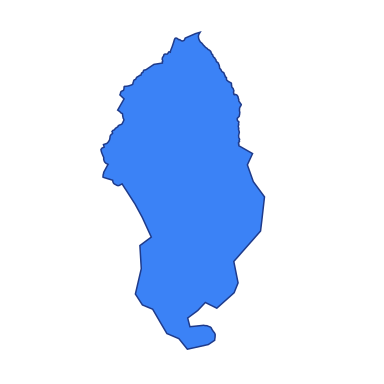 the district of Bulgan, Arhangay, Mongolia, rotated 137°
{"feature_id": "93677404B70129232678406", "entity_name": "Bulgan", "entity_type": "district", "adm_level": 2, "iso_a3": "MNG", "parent_name": "Mongolia", "parent_adm1": "Arhangay", "projection": "orthographic", "projection_center": [100.91, 47.19], "detail": "fine", "context": "isolated", "style": "filled", "palette": "blue", "viewbox_px": 384, "rotation_deg": 137, "n_neighbors": 0, "source": "geoboundaries", "source_scale": "gbopen_adm2", "svg_char_len": 5546}
<svg xmlns="http://www.w3.org/2000/svg" viewBox="0 0 384 384"><g transform="rotate(137 192 192)"><path d="M276.5,68.1L275.7,68.9L274.6,69.7L273.5,70.7L272.4,71.8L272.2,72.1L271.8,73.0L271.6,74.0L271.5,75.6L271.2,77.1L271.2,77.6L270.6,79.5L270.6,80.0L270.7,80.8L271.2,81.7L272.3,84.1L273.2,85.0L273.7,85.5L274.3,86.5L285.4,94.9L281.1,102.8L268.7,101.4L257.6,102.1L253.1,90.1L229.9,89.6L220.3,94.1L208.8,112.7L168.5,116.7L160.3,123.6L142.3,139.0L140.1,157.8L133.0,174.1L121.5,178.8L126.2,193.9L125.8,194.4L125.6,194.5L125.3,194.7L125.2,195.0L125.2,195.3L125.2,195.5L124.8,195.7L124.5,195.8L124.4,195.9L124.3,196.1L124.3,196.3L124.2,196.5L123.3,196.5L122.9,196.5L122.6,197.0L122.5,197.4L122.3,197.6L121.8,197.7L121.5,197.8L121.4,197.9L121.3,198.2L121.2,198.5L120.9,198.8L120.9,199.1L120.8,199.7L120.5,200.3L120.2,200.6L119.6,201.1L119.5,201.4L119.2,201.8L118.7,202.0L117.7,202.7L116.9,203.2L116.5,203.6L115.9,204.8L115.2,206.1L115.1,206.4L114.7,206.4L114.4,206.6L114.1,207.1L113.7,208.0L113.2,208.7L112.5,209.0L112.0,209.2L111.8,209.4L111.7,210.0L111.3,210.3L110.7,210.6L110.4,210.8L109.9,211.4L109.8,211.6L109.9,212.0L110.0,212.5L110.0,212.9L110.0,213.2L109.9,213.5L109.7,213.9L109.4,214.1L109.2,214.6L108.8,214.9L108.4,214.9L108.2,215.1L107.5,215.1L106.7,215.1L106.2,215.1L105.8,215.2L105.4,215.4L105.0,215.9L104.6,216.1L104.1,216.4L103.5,217.0L103.0,217.4L102.6,217.8L101.9,219.1L101.3,219.6L100.6,220.4L99.8,221.0L98.9,221.4L97.4,221.8L96.7,222.1L96.3,222.4L96.2,222.7L96.2,223.3L96.2,223.8L96.0,224.6L95.9,224.9L95.9,225.8L95.7,226.7L94.8,227.6L94.4,228.4L94.1,229.3L93.5,229.9L93.4,230.4L93.1,231.4L93.1,232.5L93.4,233.1L93.6,233.6L93.9,233.8L94.3,233.9L94.7,234.3L94.8,234.5L94.6,235.3L94.1,235.5L93.9,236.3L93.1,237.1L92.5,237.3L92.2,237.7L91.8,238.7L91.4,239.5L91.3,240.4L91.4,241.2L91.3,241.4L90.6,242.8L90.3,242.9L90.2,243.2L90.0,243.5L89.4,244.1L89.1,244.6L89.0,245.0L89.1,245.6L89.4,246.0L89.5,246.2L89.5,246.6L89.5,246.9L89.8,247.2L89.9,247.4L90.0,248.1L90.1,248.4L90.1,249.1L90.3,250.1L89.9,251.0L89.7,251.3L89.0,251.8L88.8,252.1L88.8,252.4L88.8,252.8L88.9,253.0L89.2,253.3L88.9,253.8L88.6,254.2L88.6,254.7L88.3,255.2L88.0,256.1L87.7,256.8L87.4,257.5L87.6,258.0L87.6,258.6L87.8,258.9L87.9,259.4L88.0,259.7L87.9,260.1L87.8,260.7L87.6,261.0L87.6,261.4L87.4,261.6L87.4,261.8L87.4,262.1L87.3,262.3L87.3,262.6L87.4,262.8L87.4,263.0L87.5,263.3L87.5,263.6L87.2,263.9L86.7,264.5L86.3,265.2L85.9,265.8L85.6,266.2L85.5,266.6L85.5,267.0L85.3,267.5L85.0,267.9L84.8,268.2L84.8,268.5L84.9,268.9L84.9,269.2L84.9,269.3L85.0,269.4L85.0,269.7L85.0,269.9L85.2,270.1L85.2,270.5L85.0,270.8L85.0,271.4L84.8,271.7L84.6,271.9L84.4,272.2L84.3,272.9L84.2,273.7L84.2,273.8L84.2,274.1L84.1,274.4L83.9,274.7L84.0,274.9L84.2,275.3L84.1,276.0L84.1,276.8L84.0,277.0L83.7,277.5L83.4,278.0L83.3,278.3L83.3,278.7L83.4,279.1L83.5,279.4L83.3,279.8L83.1,280.2L83.0,280.7L82.7,281.4L82.4,282.0L82.4,282.5L82.5,283.2L82.6,284.2L83.0,285.1L83.1,285.9L83.0,286.5L83.1,287.2L83.4,288.1L83.5,289.3L83.4,289.7L83.5,290.1L83.4,290.4L83.5,291.1L83.5,291.6L83.4,292.7L83.3,293.8L83.4,294.9L83.6,296.0L83.4,296.9L83.0,298.4L82.5,299.6L81.2,301.5L79.8,302.5L78.1,303.0L77.1,303.3L81.5,305.5L92.0,309.2L94.1,308.3L94.8,308.4L95.2,308.6L95.9,308.9L96.4,309.4L96.7,310.1L96.9,311.0L97.0,311.5L97.1,311.9L97.5,312.1L97.7,312.4L97.9,312.7L97.9,313.3L98.0,314.0L98.2,314.7L98.5,315.3L99.0,315.7L99.5,315.9L100.0,315.8L101.2,315.3L103.2,314.1L107.4,311.8L109.1,311.0L111.0,310.1L112.3,309.3L112.5,309.1L112.7,309.5L113.0,310.0L113.5,310.3L114.6,310.0L115.6,309.7L116.0,309.8L116.5,310.1L117.2,310.8L117.5,311.2L117.9,311.4L118.5,311.6L119.1,311.5L119.5,311.2L120.1,310.8L120.7,310.7L121.2,310.6L121.7,310.5L122.2,310.3L122.8,309.8L123.3,309.4L123.6,308.6L124.1,307.7L124.5,307.5L124.8,307.6L125.7,306.5L132.8,311.3L142.1,312.8L143.2,313.3L143.9,313.9L144.2,313.9L144.8,313.8L145.3,313.5L146.0,313.2L146.4,313.0L146.8,313.1L147.5,313.4L148.1,313.3L148.5,312.9L149.2,312.6L149.7,312.3L150.1,312.6L150.5,312.9L151.0,313.0L151.6,313.1L152.4,313.1L153.1,313.4L153.7,313.6L154.1,313.5L154.4,313.5L155.0,313.4L155.8,313.0L156.5,312.9L156.9,313.0L157.5,313.3L158.0,313.4L158.4,313.3L158.9,313.1L159.4,312.7L160.4,312.2L160.9,311.9L161.0,311.8L161.4,311.5L161.6,311.3L161.8,311.3L162.8,311.4L164.9,312.3L165.7,312.7L166.6,313.2L167.9,314.1L168.5,314.6L168.8,314.8L169.5,315.2L169.5,315.3L169.8,315.3L170.0,315.2L170.9,314.3L171.4,313.9L171.8,313.6L172.7,313.1L172.9,313.1L174.2,313.6L174.7,313.7L175.0,313.8L175.6,313.8L176.1,313.6L176.7,313.2L177.4,312.7L178.5,312.2L178.2,306.4L190.5,302.6L190.0,300.0L190.0,299.7L190.0,298.1L189.4,296.8L191.0,294.6L192.0,292.9L192.2,292.0L192.4,291.5L192.9,291.0L194.3,290.4L196.2,289.7L197.3,289.5L199.1,290.3L200.6,290.8L201.6,290.3L202.4,290.4L203.4,290.6L204.5,290.8L205.5,290.6L206.5,290.5L207.3,290.7L208.0,291.0L209.3,290.8L209.6,289.8L210.2,289.0L211.1,289.1L212.8,289.1L213.9,288.6L214.8,287.8L215.7,287.1L216.9,286.3L218.7,285.8L219.9,285.6L221.2,285.6L224.4,287.1L225.6,284.7L227.9,285.5L229.6,285.2L230.4,284.0L231.2,282.4L232.3,279.6L233.0,277.5L234.4,276.0L235.2,274.3L235.4,273.5L235.4,271.7L234.5,269.5L243.2,266.6L244.0,265.8L244.7,265.6L246.5,264.1L247.0,263.4L242.0,254.7L242.9,253.4L243.4,251.8L243.3,250.8L242.9,249.7L242.4,248.1L241.8,247.1L240.9,246.5L237.6,245.6L238.7,239.8L238.7,239.5L242.0,221.4L242.2,220.8L245.7,207.3L245.8,207.0L252.5,186.8L266.6,188.4L281.4,170.5L303.0,156.0L305.3,143.2L300.7,133.1L304.0,118.6L306.9,105.6L301.6,93.7L302.6,80.2L284.1,69.3L276.5,68.1Z" fill="#3b82f6" stroke="#1e3a8a" stroke-width="1.5"/></g></svg>